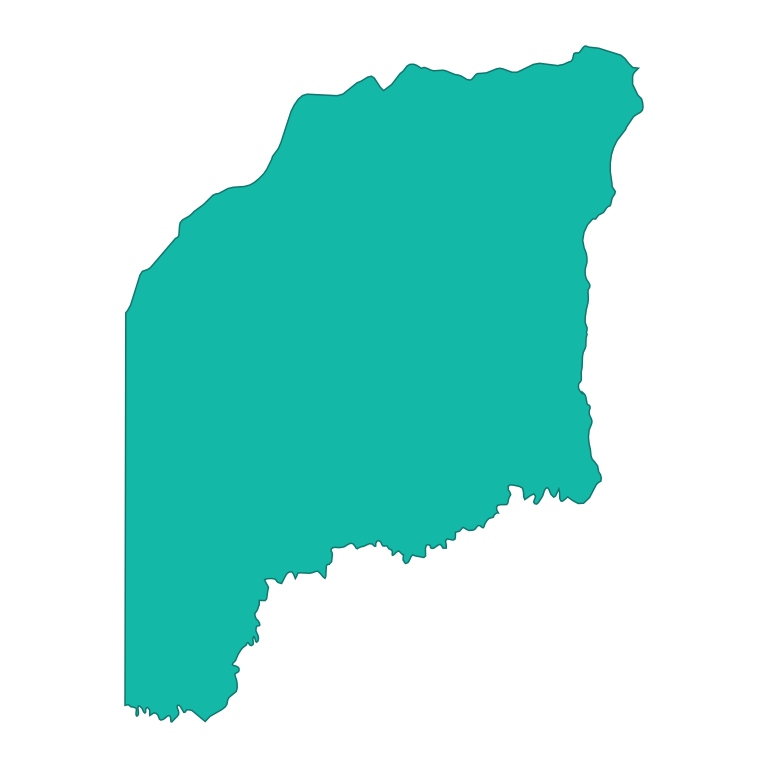 outline of Vichada
{"feature_id": "COL-1427", "entity_name": "Vichada", "entity_type": "Commissiary", "adm_level": 1, "iso_a3": "COL", "parent_name": "Colombia", "parent_adm1": "", "projection": "equal_earth", "projection_center": [-69.078, 4.548], "detail": "fine", "context": "isolated", "style": "filled", "palette": "teal", "viewbox_px": 768, "rotation_deg": 0, "n_neighbors": 0, "source": "natural_earth", "source_scale": "10m", "svg_char_len": 6061}
<svg xmlns="http://www.w3.org/2000/svg" viewBox="0 0 768 768"><path d="M638.5,68.2L634.8,71.9L633.2,74.2L632.6,76.8L632.6,84.2L637.9,95.2L641.5,98.7L642.6,102.5L643.0,106.9L642.4,110.2L640.7,112.1L635.6,115.1L633.5,116.7L626.8,126.6L625.5,129.6L617.1,140.4L613.7,147.3L611.4,154.8L610.3,163.0L610.3,171.8L611.9,183.0L612.2,186.8L615.3,191.4L614.9,193.7L612.2,197.9L610.6,204.8L609.9,205.9L608.2,206.5L606.6,207.9L604.0,211.8L602.8,212.9L598.6,215.0L595.7,218.9L595.1,219.1L593.5,218.8L592.8,218.9L587.5,224.8L584.0,232.4L582.7,240.4L584.1,247.8L585.4,250.9L586.3,253.7L586.9,257.1L587.0,261.6L586.7,263.3L585.5,267.8L585.1,270.1L585.2,274.3L586.0,278.1L586.9,279.9L589.4,283.9L589.9,285.2L589.7,287.2L588.3,289.5L588.0,290.5L588.3,299.0L588.0,302.6L586.2,310.1L585.2,317.4L585.1,321.9L585.4,323.2L587.1,327.8L587.0,330.2L586.4,332.6L587.1,334.4L586.1,337.9L585.8,346.4L584.7,349.4L583.2,352.5L582.5,356.7L582.1,367.3L581.2,372.4L581.4,378.5L581.2,380.3L580.4,381.9L579.4,382.8L578.6,384.1L578.4,386.7L578.8,388.9L579.8,390.7L581.0,392.2L582.3,393.4L582.3,392.1L584.9,394.6L585.9,397.2L587.1,403.9L587.7,404.6L589.5,405.5L590.0,406.6L590.1,408.1L589.3,410.8L589.1,412.3L589.5,414.9L591.5,419.1L592.0,421.6L591.6,423.8L589.1,430.1L588.4,437.3L589.1,443.7L590.4,449.6L591.0,455.6L592.2,459.2L594.9,462.2L597.6,466.0L598.8,472.2L600.4,474.4L601.3,477.9L600.9,481.1L598.3,482.6L596.3,484.6L589.5,497.6L583.6,503.2L578.2,503.5L572.9,500.7L567.7,496.9L564.3,499.9L562.4,501.2L560.8,500.9L559.8,498.6L559.5,491.9L558.8,489.0L555.6,496.0L553.7,497.2L551.0,494.4L548.9,489.4L547.5,487.7L545.7,488.4L544.4,490.6L542.8,495.5L541.7,497.6L538.4,502.6L536.6,504.1L534.6,503.6L533.7,502.0L534.2,500.2L535.0,498.2L535.5,496.2L533.9,493.9L530.5,495.5L524.8,499.6L523.7,496.7L523.5,492.3L522.6,488.2L519.4,486.4L513.2,485.1L510.1,484.9L508.1,486.4L508.3,489.7L510.1,492.6L510.7,494.8L509.2,497.2L508.3,500.3L507.7,503.4L506.5,504.6L500.4,504.7L497.4,505.4L496.5,507.8L496.9,510.3L498.4,513.0L497.2,512.9L495.6,513.6L494.1,515.1L493.4,517.2L488.9,518.5L486.7,520.8L484.9,523.9L483.9,526.9L483.0,527.8L481.6,527.1L480.1,525.7L478.3,525.5L476.9,526.7L475.5,528.7L473.7,530.0L469.3,530.5L466.9,529.6L464.5,528.1L462.8,527.4L459.7,531.1L455.5,532.3L455.4,537.1L454.9,539.2L453.1,540.1L447.3,538.9L445.5,540.8L446.2,544.7L446.3,548.1L443.0,548.2L441.4,545.5L440.1,544.3L438.5,544.9L433.7,548.2L431.7,548.4L430.5,547.6L430.4,545.9L430.1,545.5L428.2,544.6L427.4,544.8L426.3,545.5L425.4,548.3L425.6,555.9L423.9,557.5L414.5,555.7L412.8,554.7L411.1,556.6L409.1,560.9L407.9,562.6L405.7,563.5L404.5,562.5L403.8,560.9L403.0,560.0L403.5,554.6L402.5,554.6L399.9,552.0L398.6,551.0L396.9,551.8L393.5,555.0L392.4,555.3L392.2,554.7L392.3,552.2L392.1,550.9L391.4,550.0L388.8,548.7L387.1,546.1L386.1,545.8L384.4,546.1L382.8,545.9L381.8,544.3L380.7,541.9L378.8,540.6L377.0,541.1L375.8,543.3L375.7,546.1L374.6,546.3L372.2,544.0L369.3,543.7L363.9,546.2L360.8,546.9L358.5,547.9L357.3,548.8L356.0,548.0L354.9,546.1L353.3,544.0L351.1,543.2L348.3,544.2L344.2,546.8L340.8,547.5L337.7,547.6L335.5,547.3L332.8,547.7L331.5,548.8L330.9,550.8L332.0,552.3L332.4,554.2L331.6,561.7L329.1,564.4L327.3,564.5L326.3,566.3L325.8,576.4L325.0,578.3L323.5,577.3L321.1,574.4L318.2,571.4L315.9,571.3L313.4,572.4L309.9,573.2L300.1,572.8L297.8,573.2L296.3,576.9L295.3,578.6L293.7,574.5L292.6,572.6L291.4,571.7L288.7,572.3L286.8,573.8L285.5,575.9L281.6,583.5L278.4,582.6L276.9,581.5L276.3,580.3L274.8,579.0L271.3,578.5L267.4,578.7L264.6,579.6L265.4,581.6L268.5,587.4L267.8,590.5L266.6,598.9L265.1,600.6L259.3,600.4L259.2,605.3L258.5,606.2L257.9,608.6L256.9,610.7L254.8,613.6L255.1,616.2L256.2,618.8L258.1,620.7L259.4,623.0L259.8,624.7L259.6,625.6L257.3,626.0L256.2,627.3L255.9,630.8L258.2,636.1L258.5,638.8L257.9,641.1L256.6,642.2L255.8,641.6L254.8,638.1L254.3,636.9L253.6,636.6L253.1,637.6L252.9,640.0L253.4,642.4L253.0,644.6L251.3,645.6L249.9,645.1L248.1,642.7L247.5,642.7L246.8,643.4L246.3,645.0L243.0,647.5L241.0,649.7L237.9,654.8L235.5,660.6L233.0,663.1L232.4,664.2L233.0,665.3L236.2,666.2L237.6,666.8L238.9,668.2L239.1,670.0L238.6,671.6L236.9,672.7L235.4,673.4L234.9,674.5L235.2,676.3L236.4,679.5L237.1,683.4L237.2,687.8L236.3,691.4L228.9,697.5L227.8,699.7L226.9,704.3L225.2,706.9L221.8,709.6L209.9,716.4L205.2,721.5L192.0,710.5L189.6,709.9L186.7,709.8L185.1,712.2L183.8,712.4L180.4,706.6L179.0,705.3L177.5,705.3L177.1,706.4L177.3,708.0L178.2,710.1L178.7,712.2L178.7,714.1L177.7,715.8L171.8,721.9L171.0,721.7L170.5,717.5L169.9,715.9L168.8,715.6L167.2,716.2L165.3,718.0L163.2,719.4L160.9,720.1L159.5,719.2L157.8,715.0L155.6,713.0L153.5,713.1L149.8,715.5L149.6,714.4L149.8,712.4L149.6,709.8L147.7,707.5L146.5,707.7L145.6,709.5L145.7,712.0L144.9,713.1L143.7,712.0L142.0,708.3L139.5,705.9L138.4,706.0L137.9,708.3L138.4,711.3L138.5,713.9L137.8,715.5L136.9,716.1L136.1,715.1L136.0,713.5L136.4,709.5L136.0,708.1L133.3,707.1L130.9,706.8L128.3,704.6L125.0,705.4L125.8,312.7L127.5,310.7L130.6,305.1L140.1,274.8L142.3,271.4L147.9,269.4L150.4,267.7L175.4,238.5L177.7,237.3L178.9,235.4L179.5,226.3L180.1,222.8L182.5,219.9L188.6,216.5L191.3,214.4L194.2,211.4L203.6,204.5L212.8,195.3L215.7,194.0L218.9,193.4L227.8,188.6L233.1,187.3L244.4,186.5L250.2,184.9L254.3,182.5L259.1,178.5L263.6,173.9L266.8,169.3L271.7,159.3L272.5,156.5L278.5,148.3L280.9,142.7L291.0,111.6L294.2,105.2L298.4,99.0L302.5,95.6L307.1,94.2L337.3,95.7L343.0,94.1L357.2,82.7L360.9,81.3L367.7,77.1L371.5,76.2L374.3,78.1L380.4,87.4L383.6,90.6L391.7,84.5L400.1,73.6L403.1,71.2L407.1,66.0L409.8,64.4L413.3,64.2L416.2,65.1L421.5,68.3L424.1,67.4L427.3,68.4L430.6,70.0L433.7,70.8L442.8,70.2L445.8,70.8L454.8,74.5L458.0,75.0L461.0,75.9L466.9,79.5L470.3,80.1L472.2,78.9L475.9,74.5L477.4,73.6L486.3,72.9L496.7,68.8L499.8,68.3L502.7,68.8L512.0,72.2L517.3,72.2L533.4,64.4L539.6,63.3L557.7,65.6L563.5,64.4L568.5,62.1L571.2,61.2L572.3,59.7L573.0,57.8L573.3,55.9L574.0,53.5L575.6,52.9L577.5,52.9L579.1,52.6L580.6,50.9L583.2,47.3L584.9,46.1L586.2,46.1L588.7,47.1L598.6,48.2L620.9,55.2L625.0,58.6L628.8,63.5L632.7,67.5L638.5,68.2Z" fill="#14b8a6" stroke="#0f766e" stroke-width="1.5"/></svg>